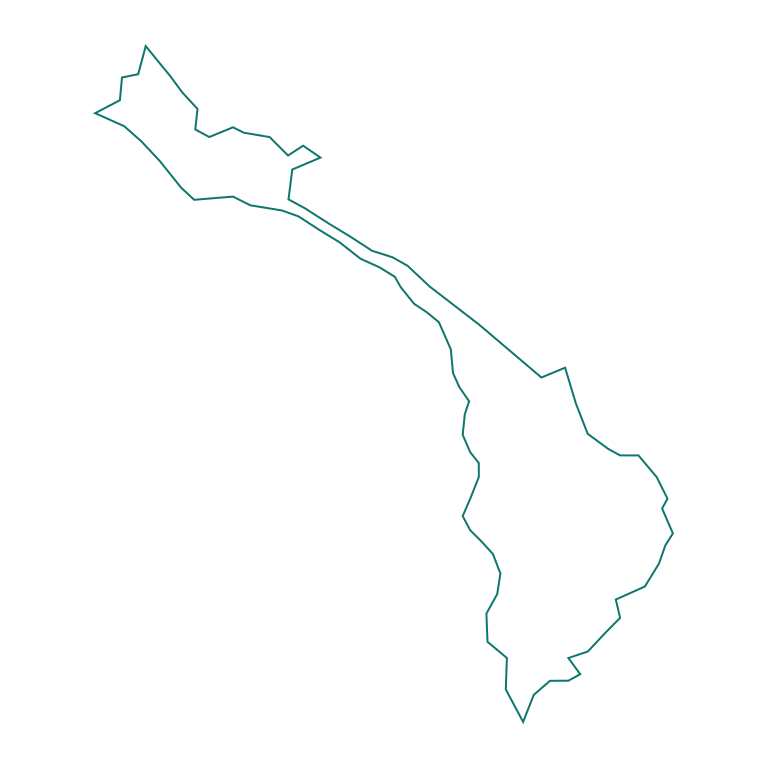 Nikitas, Cyprus (orthographic projection)
{"feature_id": "46923920B78041797088340", "entity_name": "Nikitas", "entity_type": "district", "adm_level": 2, "iso_a3": "CYP", "parent_name": "Cyprus", "parent_adm1": "", "projection": "orthographic", "projection_center": [32.942, 35.183], "detail": "fine", "context": "isolated", "style": "outline", "palette": "teal", "viewbox_px": 768, "rotation_deg": 0, "n_neighbors": 0, "source": "geoboundaries", "source_scale": "gbopen_adm2", "svg_char_len": 1248}
<svg xmlns="http://www.w3.org/2000/svg" viewBox="0 0 768 768"><path d="M523.1,721.9L533.8,694.8L550.0,680.8L568.4,680.7L580.2,674.2L568.4,658.0L587.8,651.5L606.1,632.0L620.1,617.9L615.8,599.5L644.9,586.5L658.9,563.7L665.4,545.3L672.9,533.4L662.1,508.5L667.5,498.7L656.7,477.1L638.4,455.4L620.1,455.4L608.2,448.9L587.7,433.8L575.9,403.5L565.1,367.7L541.4,377.5L478.8,324.4L429.5,286.4L407.7,265.9L392.6,257.3L372.1,250.8L349.6,236.2L349.1,235.9L329.0,223.7L317.4,216.3L305.3,208.5L288.5,199.4L288.7,197.7L292.3,169.5L320.4,157.6L303.1,145.7L288.0,155.5L269.7,137.1L243.8,132.7L233.0,127.3L209.3,137.0L195.3,129.5L197.5,108.9L182.4,92.6L170.5,76.4L159.8,63.4L145.7,46.1L138.2,74.2L122.0,77.5L119.9,100.2L95.1,113.2L124.2,126.2L141.4,141.4L159.7,160.9L181.3,187.9L194.2,199.8L233.0,196.6L250.3,205.3L252.2,205.6L281.6,210.4L298.5,216.4L319.3,229.9L339.7,242.4L360.6,258.8L379.4,267.3L394.8,276.8L400.8,287.3L414.1,303.8L427.1,312.5L438.9,322.2L450.8,349.3L453.0,373.1L459.4,387.2L469.1,401.3L464.8,414.3L462.7,434.9L470.2,452.2L478.8,463.0L478.8,477.1L470.2,498.8L462.7,516.1L470.2,530.2L482.1,542.1L492.9,554.0L500.4,573.5L497.2,594.1L486.4,613.6L487.5,641.8L506.9,658.0L505.8,689.4L523.1,721.9Z" fill="none" stroke="#0f766e" stroke-width="2"/></svg>